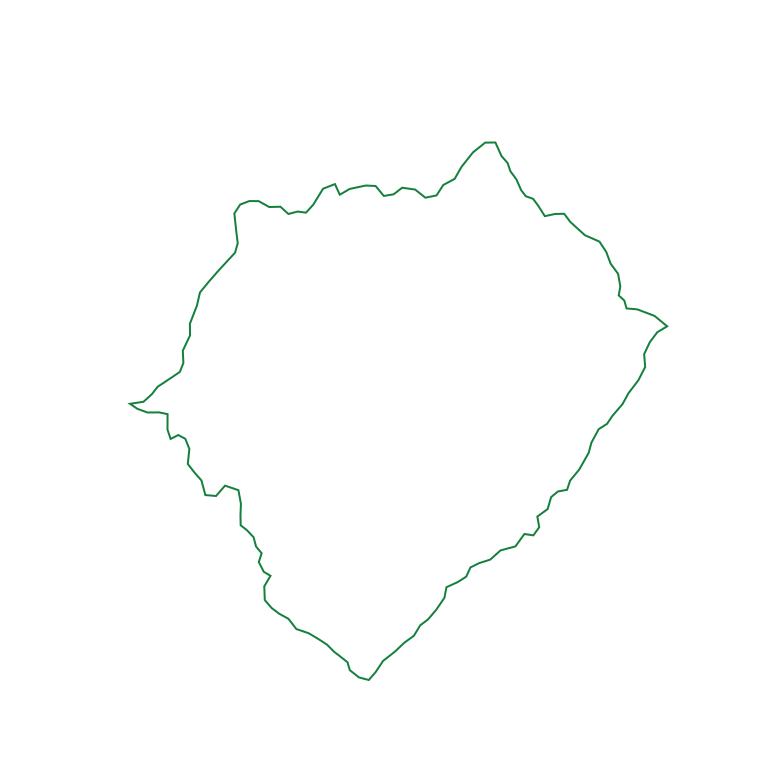 the district of Oscar Bressane, São Paulo, Brazil, rotated 211°
{"feature_id": "56859067B66213381636200", "entity_name": "Oscar Bressane", "entity_type": "district", "adm_level": 2, "iso_a3": "BRA", "parent_name": "Brazil", "parent_adm1": "São Paulo", "projection": "robinson", "projection_center": [-50.254, -22.295], "detail": "fine", "context": "isolated", "style": "outline", "palette": "green", "viewbox_px": 768, "rotation_deg": 211, "n_neighbors": 0, "source": "geoboundaries", "source_scale": "gbopen_adm2", "svg_char_len": 1978}
<svg xmlns="http://www.w3.org/2000/svg" viewBox="0 0 768 768"><g transform="rotate(211 384 384)"><path d="M591.5,236.2L582.7,235.7L572.2,237.7L562.0,243.9L554.0,246.7L546.1,233.4L538.6,227.0L534.1,234.3L526.1,234.7L517.4,228.1L511.0,214.4L500.3,210.3L490.8,207.3L479.9,196.8L470.3,201.5L467.9,215.0L454.1,218.0L445.0,207.7L439.2,197.2L434.1,189.1L426.2,188.1L416.9,185.5L410.0,178.8L401.7,175.9L399.6,166.9L390.3,161.1L382.5,161.1L382.4,148.9L374.9,137.4L364.9,134.1L355.4,133.1L344.9,133.5L332.9,128.8L320.1,131.6L308.7,131.6L298.3,131.2L289.1,128.8L281.3,127.9L272.0,126.7L265.9,121.1L254.5,119.6L244.6,122.4L242.8,132.6L242.2,146.1L236.7,160.5L233.4,172.6L228.7,183.6L228.7,195.7L225.0,204.9L222.9,217.8L222.1,231.9L225.8,242.0L218.8,252.2L214.3,261.2L215.4,271.3L210.4,279.2L202.5,288.2L198.4,301.4L187.7,312.5L186.4,327.7L178.0,331.2L177.2,341.2L184.3,349.4L179.3,361.1L182.5,373.1L179.6,381.4L172.6,387.6L174.7,397.1L172.6,411.2L173.1,430.4L176.0,440.5L176.7,455.9L172.3,464.7L171.8,474.3L169.2,489.7L169.7,502.1L167.9,518.1L168.9,533.1L176.4,543.6L177.7,556.8L176.4,569.2L171.0,579.3L187.2,581.7L205.4,578.4L215.0,573.7L221.0,579.3L228.4,580.8L231.7,589.4L240.1,599.0L251.8,603.9L261.4,611.6L272.6,617.0L288.5,615.0L298.4,617.0L307.9,618.9L317.2,622.7L325.0,617.8L332.6,610.7L343.3,616.1L351.6,619.5L359.2,618.0L366.3,620.8L375.9,627.6L385.3,631.5L391.9,637.1L400.7,639.9L412.9,648.4L421.6,643.0L427.0,628.5L429.4,610.3L429.1,596.2L435.7,585.1L436.1,572.7L444.5,565.0L457.5,566.7L469.5,561.6L473.5,551.5L481.0,545.1L493.2,549.4L501.9,544.7L513.9,533.5L519.4,523.5L529.0,530.1L536.8,520.0L537.0,501.2L539.1,490.7L546.9,487.3L553.5,480.5L564.1,482.6L573.5,476.6L585.6,476.2L593.6,471.5L599.7,463.8L600.1,453.1L589.9,439.6L581.9,429.4L579.3,419.9L584.3,395.8L586.9,381.2L588.9,367.7L584.7,354.7L581.4,335.6L575.3,325.8L573.6,308.9L566.8,298.7L565.2,289.2L571.9,274.9L576.6,265.1L577.7,255.9L581.0,244.9L591.5,236.2Z" fill="none" stroke="#15803d" stroke-width="2"/></g></svg>